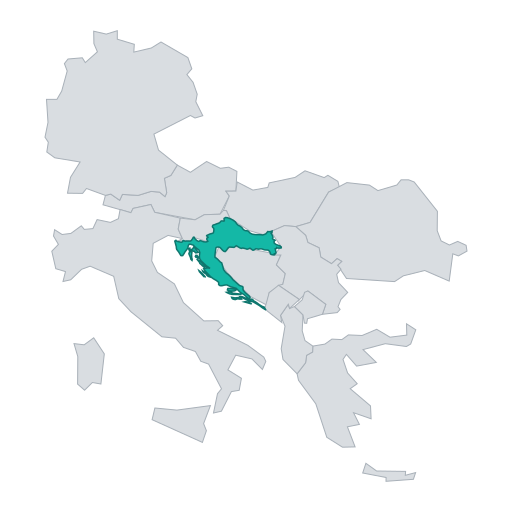 Croatia shown with its bordering countries
{"feature_id": "HRV", "entity_name": "Croatia", "entity_type": "country or territory", "adm_level": 0, "iso_a3": "HRV", "parent_name": "Europe", "parent_adm1": "", "projection": "robinson", "projection_center": [16.337, 44.484], "detail": "fine", "context": "with_neighbors", "style": "filled", "palette": "teal", "viewbox_px": 512, "rotation_deg": 0, "n_neighbors": 12, "source": "natural_earth", "source_scale": "50m", "svg_char_len": 9630}
<svg xmlns="http://www.w3.org/2000/svg" viewBox="0 0 512 512"><path d="M236.9,171.4L235.9,191.1L225.9,191.2L229.3,196.0L220.0,214.2L204.3,214.7L195.1,219.8L154.7,212.3L150.9,204.5L133.1,208.4L130.9,212.7L103.0,204.8L105.4,195.4L110.8,194.1L119.7,200.3L122.4,194.4L138.1,195.4L151.0,191.4L159.5,192.1L165.0,196.6L166.7,192.8L164.4,178.3L170.9,175.4L177.3,165.1L190.4,172.3L206.6,161.5L220.4,168.3L228.7,167.2L236.9,171.4Z" fill="#d9dde1" stroke="#a8b0b8" stroke-width="1"/><path d="M327.9,175.3L337.9,181.4L339.4,187.4L328.6,192.1L310.1,222.4L295.8,226.6L284.5,225.6L264.1,234.9L249.1,230.6L229.9,218.2L226.4,210.7L223.4,210.4L229.3,196.0L225.9,191.2L235.9,191.1L237.2,182.0L252.9,190.1L267.8,187.4L269.2,182.9L295.1,177.4L305.0,170.8L324.2,177.6L327.9,175.3Z" fill="#d9dde1" stroke="#a8b0b8" stroke-width="1"/><path d="M441.1,240.9L449.4,245.0L457.7,241.4L466.1,245.3L467.0,251.1L458.4,255.9L452.8,253.8L449.2,281.1L424.7,270.5L403.4,275.8L394.6,281.6L346.5,278.5L337.6,265.2L341.7,261.4L337.1,258.6L331.5,263.7L320.8,257.1L319.1,247.8L307.9,242.5L305.7,235.4L295.8,226.6L310.1,222.4L328.6,192.1L346.9,182.6L369.4,185.1L377.9,190.6L396.9,185.0L401.1,179.8L408.6,179.8L414.2,182.0L437.4,211.3L437.2,230.7L441.1,240.9Z" fill="#d9dde1" stroke="#a8b0b8" stroke-width="1"/><path d="M187.9,57.6L191.8,68.8L186.9,74.6L193.1,82.4L197.2,94.2L195.8,101.7L202.8,115.7L195.0,118.0L190.4,115.5L153.9,134.1L158.5,150.1L177.3,165.1L170.9,175.4L164.4,178.3L166.7,192.8L165.0,196.6L159.5,192.1L151.0,191.4L138.1,195.4L122.4,194.4L119.7,200.3L110.8,194.1L105.4,195.4L86.5,188.5L82.6,193.4L67.5,193.2L70.5,177.3L80.1,162.0L54.8,157.8L46.8,152.0L48.3,142.2L45.0,137.2L48.0,122.4L46.5,99.4L56.9,99.4L61.7,91.1L67.2,71.0L64.4,63.6L68.0,59.0L82.3,57.8L85.3,62.6L97.4,51.8L93.9,43.6L93.7,31.2L106.3,34.1L117.3,30.7L117.3,39.2L134.3,44.3L133.8,52.1L151.3,48.0L161.0,42.0L187.9,57.6Z" fill="#d9dde1" stroke="#a8b0b8" stroke-width="1"/><path d="M415.6,472.6L413.4,479.3L386.0,481.3L386.1,477.5L362.7,473.0L365.9,463.3L376.6,471.0L405.6,471.4L405.3,475.3L415.6,472.6ZM348.4,334.9L362.1,335.5L376.7,329.3L390.0,337.2L406.8,335.1L406.5,323.8L415.8,329.8L410.7,344.0L406.4,346.5L385.3,343.7L363.0,349.6L376.3,362.4L356.6,366.1L346.4,354.4L343.0,359.4L347.6,373.0L357.2,383.7L350.2,388.7L370.5,405.9L371.1,418.8L353.5,412.7L359.4,424.4L347.4,426.8L355.1,446.9L342.5,447.2L326.8,437.3L315.8,403.8L298.5,380.3L297.1,373.8L305.6,362.7L306.6,355.3L312.6,352.0L312.8,346.1L324.9,344.1L331.9,339.1L341.9,339.6L348.4,334.9Z" fill="#d9dde1" stroke="#a8b0b8" stroke-width="1"/><path d="M312.8,346.1L312.6,352.0L306.6,355.3L305.6,362.7L297.1,373.8L283.0,359.5L281.2,348.7L285.0,326.2L280.5,315.4L288.3,304.2L289.6,308.5L294.5,306.5L303.0,314.9L302.2,330.8L305.0,340.6L312.8,346.1Z" fill="#d9dde1" stroke="#a8b0b8" stroke-width="1"/><path d="M120.1,209.5L130.9,212.7L133.1,208.4L150.9,204.5L154.7,212.3L180.3,218.1L178.2,229.1L182.4,238.6L168.1,235.4L153.2,243.3L151.7,260.9L157.4,272.4L174.4,283.9L183.4,302.6L203.8,320.9L218.2,320.7L222.7,325.7L217.5,330.3L247.8,345.3L263.8,357.1L265.8,361.4L262.4,369.5L251.9,358.9L235.7,355.2L227.9,369.9L241.4,378.3L239.2,390.3L231.4,391.6L221.4,411.2L213.5,413.0L217.5,393.7L221.5,388.8L208.6,364.1L200.8,361.3L195.4,351.5L183.5,347.4L175.6,338.2L161.9,336.8L131.0,311.8L118.8,298.7L113.7,276.3L90.1,266.2L81.6,269.3L70.7,279.8L63.0,281.5L65.5,271.6L55.8,268.7L51.8,251.2L58.4,244.4L53.5,236.0L54.6,229.7L62.1,234.5L70.9,233.4L81.3,225.8L84.3,229.4L92.9,228.6L97.1,219.6L110.4,222.4L118.4,218.7L120.1,209.5ZM176.9,410.1L210.4,405.6L203.6,423.6L206.4,430.7L202.4,442.4L152.1,419.7L154.9,408.0L176.9,410.1ZM84.2,344.8L93.7,337.8L104.3,353.9L100.9,384.0L92.4,382.5L84.6,390.2L77.6,384.1L77.8,356.6L74.0,343.6L84.2,344.8Z" fill="#d9dde1" stroke="#a8b0b8" stroke-width="1"/><path d="M180.3,218.1L195.1,219.8L204.3,214.7L220.0,214.2L223.4,210.4L226.4,210.7L229.9,218.2L215.6,224.1L213.8,233.2L207.5,235.5L207.5,241.7L194.3,237.6L191.0,241.4L178.4,240.7L182.4,238.6L178.2,229.1L180.3,218.1Z" fill="#d9dde1" stroke="#a8b0b8" stroke-width="1"/><path d="M266.7,305.1L250.4,296.5L228.0,273.6L215.1,256.0L219.0,246.6L225.5,251.8L229.4,247.1L237.9,246.6L280.9,255.0L276.4,264.9L285.3,273.6L282.8,284.3L269.2,292.6L266.7,305.1Z" fill="#d9dde1" stroke="#a8b0b8" stroke-width="1"/><path d="M270.8,231.5L284.5,225.6L295.8,226.6L305.7,235.4L307.9,242.5L319.1,247.8L320.8,257.1L331.5,263.7L337.1,258.6L341.7,261.4L337.6,265.2L341.0,269.2L336.7,274.3L338.5,282.6L347.7,292.4L340.9,299.5L338.0,306.7L340.1,309.4L337.2,312.6L322.4,314.3L325.8,304.4L307.9,291.0L297.8,301.4L299.3,299.5L278.5,285.3L282.8,284.3L285.3,273.6L276.4,264.9L280.9,255.0L274.3,255.0L281.1,246.6L270.8,231.5Z" fill="#d9dde1" stroke="#a8b0b8" stroke-width="1"/><path d="M299.3,299.5L289.6,308.5L288.3,304.2L280.5,315.4L281.9,322.6L264.7,309.0L269.2,292.6L278.5,285.3L299.3,299.5Z" fill="#d9dde1" stroke="#a8b0b8" stroke-width="1"/><path d="M304.4,323.1L303.0,314.9L294.5,306.5L302.2,299.8L304.6,292.3L307.9,291.0L325.8,304.4L322.4,314.3L307.5,318.7L306.7,323.3L304.4,323.1Z" fill="#d9dde1" stroke="#a8b0b8" stroke-width="1"/><path d="M175.9,240.3L176.6,241.2L181.3,242.3L182.3,241.8L183.0,241.0L183.0,240.6L183.4,240.5L185.1,241.2L186.4,241.0L188.6,241.0L190.2,241.1L191.3,240.5L192.7,238.5L193.2,237.4L193.8,237.1L194.3,237.3L194.6,238.2L195.3,239.1L196.8,240.5L197.9,241.1L198.8,241.4L199.8,240.8L200.8,240.7L203.6,241.8L206.0,242.0L207.8,241.4L207.5,240.6L206.9,239.7L206.8,238.9L206.9,238.1L208.1,237.4L208.0,237.1L206.6,235.8L206.7,235.5L209.9,234.0L212.9,233.2L213.4,232.6L213.7,231.6L213.9,229.8L213.7,228.4L212.5,227.0L212.4,226.3L212.7,225.6L213.2,225.0L214.4,224.7L215.9,224.2L217.0,223.7L218.5,223.3L219.8,222.6L220.9,221.2L221.7,220.9L223.8,221.1L224.3,220.8L224.0,218.7L224.4,218.1L225.2,217.8L225.5,217.5L227.4,217.7L229.0,218.3L230.0,218.6L233.2,220.2L235.4,221.9L236.7,223.8L238.3,225.3L240.4,226.3L242.1,227.8L243.4,229.6L245.1,230.6L247.3,230.8L248.7,231.4L249.3,232.4L250.5,233.3L252.4,234.2L255.2,234.6L260.6,234.7L261.1,234.7L262.3,235.0L263.7,234.7L265.5,234.0L266.0,233.7L267.8,231.5L268.8,231.7L270.8,231.5L272.1,231.0L272.1,231.5L272.0,232.5L271.0,233.2L272.0,234.7L273.0,237.2L272.5,238.4L273.1,239.4L275.0,240.1L275.1,240.3L274.6,240.6L274.1,241.4L274.1,242.9L275.7,244.3L279.0,245.6L280.0,245.8L280.4,246.4L281.0,246.7L281.3,247.1L281.3,247.6L281.1,248.0L279.6,248.1L277.8,248.1L276.6,247.5L276.5,247.9L276.4,248.5L275.2,248.8L276.0,252.4L275.7,253.5L275.3,253.9L274.8,253.7L274.3,253.7L274.1,254.0L274.3,254.8L273.1,254.9L271.2,254.5L270.3,253.8L270.2,253.0L270.1,252.4L269.5,251.3L268.0,250.1L264.8,249.9L263.7,249.6L262.5,249.1L261.1,248.8L259.9,248.9L258.5,249.2L255.9,248.7L255.0,249.3L253.7,250.1L252.6,250.1L250.3,248.3L249.7,248.2L247.7,249.1L246.9,249.2L246.3,248.9L243.7,248.2L242.5,248.0L241.6,248.4L240.1,248.0L236.3,245.7L234.0,247.4L229.3,247.0L227.9,248.2L226.3,250.5L225.0,251.6L223.9,251.3L222.5,250.2L220.2,247.6L219.0,247.1L217.7,247.0L216.5,247.3L215.9,247.8L215.4,251.7L214.9,255.1L214.9,257.2L217.5,259.1L220.6,262.3L221.6,262.7L222.0,263.8L222.8,266.5L223.6,269.6L225.1,271.7L226.5,273.2L228.3,274.5L230.4,276.5L232.2,278.7L232.7,279.5L236.1,282.5L239.5,285.5L242.5,286.5L243.0,287.1L243.0,289.4L243.3,290.3L245.3,292.7L249.4,296.2L249.9,297.0L250.1,297.6L249.8,298.1L248.7,298.6L247.8,298.0L244.0,294.6L240.3,292.4L236.2,288.3L230.6,286.7L226.8,284.9L224.6,285.1L222.0,285.7L220.5,285.7L219.4,285.4L218.6,284.3L218.7,283.4L218.6,282.3L216.4,280.5L213.4,278.8L210.5,276.6L204.8,270.6L203.7,268.7L204.8,268.3L205.7,268.4L206.6,268.0L208.2,268.0L210.0,268.3L208.4,267.1L206.4,265.8L201.1,260.8L199.6,258.5L199.4,256.0L199.8,252.5L198.9,250.0L194.9,246.9L193.4,245.2L190.5,244.2L189.1,244.3L188.3,245.5L187.7,248.3L185.0,251.9L184.1,253.5L182.7,255.6L181.5,255.7L180.8,255.5L178.7,252.0L176.7,249.4L176.4,248.2L176.3,246.7L174.8,241.1L175.9,240.3ZM264.4,307.2L264.5,308.0L265.2,308.9L266.0,310.0L262.5,307.9L259.3,305.5L253.1,301.8L248.7,300.9L242.7,297.9L238.8,296.8L240.3,296.6L242.0,296.6L251.3,300.6L250.2,299.5L251.6,299.1L252.7,299.4L253.4,300.7L254.9,301.5L257.2,303.0L258.7,304.2L262.0,306.3L262.8,306.6L264.4,307.2ZM192.2,259.6L192.0,260.4L190.9,259.3L190.4,257.3L189.0,254.1L188.9,253.2L189.6,252.3L189.6,251.4L188.6,248.6L189.4,248.2L189.9,248.1L190.1,250.0L190.5,251.1L191.9,252.5L191.6,254.8L191.8,258.1L192.1,258.8L192.2,259.6ZM198.1,252.4L195.8,252.9L194.8,252.0L194.5,251.3L192.7,251.1L191.6,250.1L191.4,249.6L192.9,248.6L193.8,246.8L194.9,247.9L196.1,249.8L196.8,250.4L198.1,252.4ZM234.0,291.0L231.1,291.1L228.6,290.7L227.4,290.0L227.5,289.4L227.9,288.4L230.7,288.5L234.9,289.2L236.0,290.0L235.6,290.4L234.0,291.0ZM241.5,294.3L240.2,294.6L232.1,294.4L229.7,293.9L227.1,292.7L226.5,292.3L229.2,292.0L231.7,292.3L232.4,293.2L239.1,293.9L241.5,294.3ZM204.9,266.9L204.4,267.5L203.2,266.4L202.2,265.6L201.4,264.7L199.9,263.5L199.4,262.2L197.1,259.4L196.8,258.7L197.9,259.8L198.9,260.5L199.6,260.7L201.6,262.4L203.5,264.6L205.8,266.6L205.3,266.6L204.9,266.9ZM231.6,297.3L235.0,297.9L237.4,297.6L239.7,298.0L241.1,298.7L241.4,299.1L239.6,299.1L237.6,298.8L235.2,299.6L233.2,299.2L232.4,298.7L231.9,298.1L231.6,297.3ZM204.8,276.3L205.1,276.6L205.1,276.8L204.1,276.5L203.9,276.6L199.4,271.7L199.0,270.7L200.6,271.9L204.8,276.3ZM198.4,257.3L198.9,258.3L197.2,257.4L195.7,257.1L195.3,256.4L195.6,255.8L195.9,255.3L197.1,255.4L197.2,255.9L198.4,257.3ZM249.2,302.4L251.7,304.0L244.3,301.9L245.1,301.7L245.9,301.7L249.2,302.4ZM208.2,275.1L209.4,276.8L208.2,276.4L207.0,275.4L206.3,274.3L208.2,275.1ZM205.6,273.1L205.9,273.9L203.6,272.4L202.8,271.4L202.6,270.9L205.6,273.1Z" fill="#14b8a6" stroke="#0f766e" stroke-width="1.5"/></svg>